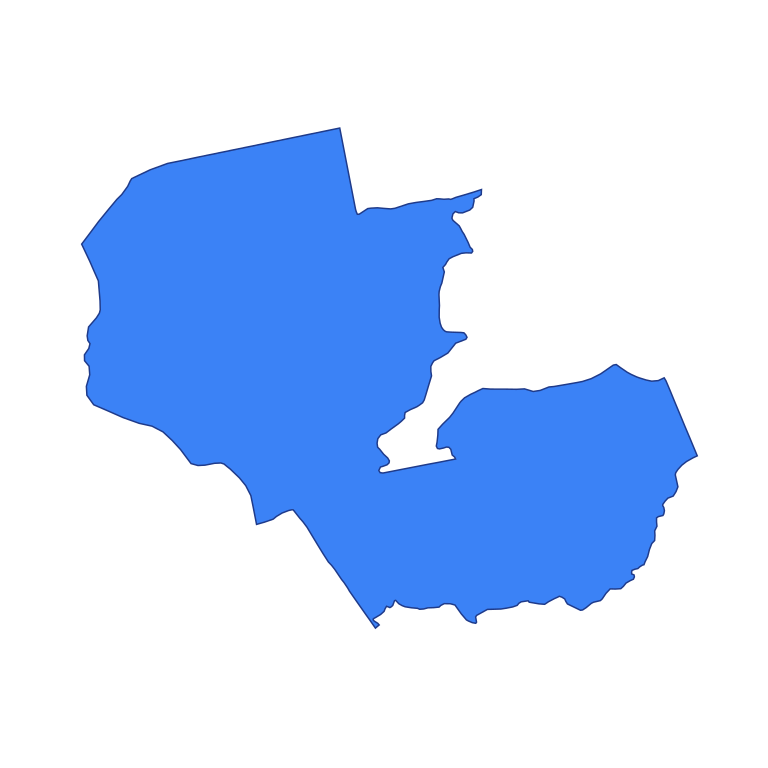 an SVG outline of Zambia, rotated 79°
{"feature_id": "ZMB", "entity_name": "Zambia", "entity_type": "country or territory", "adm_level": 0, "iso_a3": "ZMB", "parent_name": "Africa", "parent_adm1": "", "projection": "equal_earth", "projection_center": [28.807, -13.118], "detail": "fine", "context": "isolated", "style": "filled", "palette": "blue", "viewbox_px": 768, "rotation_deg": 79, "n_neighbors": 0, "source": "natural_earth", "source_scale": "50m", "svg_char_len": 4676}
<svg xmlns="http://www.w3.org/2000/svg" viewBox="0 0 768 768"><g transform="rotate(79 384 384)"><path d="M497.5,535.9L491.1,535.9L479.8,535.9L468.1,536.0L457.4,539.1L448.6,543.8L438.1,551.2L434.7,554.1L432.0,556.3L430.4,559.2L429.5,565.5L429.5,575.2L428.5,582.2L425.3,588.6L409.4,596.3L399.0,602.7L388.8,610.1L381.1,619.8L375.9,631.8L367.2,646.5L358.3,659.3L349.0,672.9L338.4,677.8L329.5,676.6L318.8,671.1L310.3,670.1L304.0,673.5L298.2,672.5L292.8,667.0L288.3,664.9L284.7,666.4L280.1,666.2L271.6,663.1L264.2,653.7L260.2,649.9L257.1,648.4L248.3,646.9L228.2,644.7L226.1,645.2L217.8,647.1L207.4,649.4L198.4,651.7L189.0,654.1L180.2,644.3L170.1,633.2L159.7,620.7L151.8,611.0L148.0,605.3L141.1,597.9L136.2,594.3L134.2,592.4L129.1,572.6L126.2,554.4L126.1,540.7L125.8,521.7L125.6,502.6L125.4,483.5L125.2,464.4L125.0,445.3L124.8,426.2L124.6,407.0L124.4,387.9L124.3,378.6L134.5,378.6L146.1,378.6L158.3,378.6L171.5,378.6L184.6,378.6L197.8,378.6L207.0,378.6L209.4,378.4L212.3,377.8L212.6,376.0L208.7,366.5L208.9,363.2L209.8,356.8L211.4,351.3L213.4,344.0L213.6,339.7L211.8,325.8L211.9,318.0L212.4,310.0L212.8,302.3L212.2,297.0L212.9,294.0L214.1,289.9L214.7,285.2L215.5,283.2L215.2,281.3L214.5,277.8L213.8,269.9L212.7,259.0L211.7,251.2L213.3,251.6L216.7,252.4L218.4,256.2L219.3,260.4L221.6,260.7L227.5,263.2L229.6,266.6L231.0,274.2L230.2,278.0L228.3,281.1L230.2,283.9L234.2,285.7L236.5,285.1L243.1,280.0L245.8,279.1L249.3,278.1L252.4,276.8L261.2,274.4L266.1,273.4L268.8,271.6L270.7,271.6L272.1,273.1L270.9,278.4L270.5,283.1L272.2,292.0L273.5,296.2L276.4,299.2L278.4,300.8L280.8,304.0L285.5,303.4L296.0,308.0L299.2,310.1L303.7,312.2L306.8,313.0L317.6,314.6L321.6,315.6L329.0,317.1L335.0,317.3L339.2,316.7L342.1,315.4L343.9,313.9L344.7,312.7L345.9,308.3L348.1,298.6L349.0,295.8L351.2,294.4L354.0,293.6L355.7,295.1L357.6,305.8L365.8,315.4L368.7,323.5L370.7,330.4L372.5,332.3L375.7,334.7L380.7,335.6L385.1,335.8L394.5,340.8L402.0,344.7L407.4,347.6L409.8,349.7L411.5,353.3L412.6,356.0L414.2,363.1L416.0,368.7L418.8,369.8L421.4,370.3L423.9,374.1L425.8,377.5L429.6,385.7L432.4,391.3L433.3,396.9L436.5,400.5L440.8,402.1L444.9,402.3L447.2,400.7L452.8,397.8L457.3,394.5L460.5,393.4L462.4,394.1L463.9,396.4L464.6,400.8L464.8,403.3L467.9,405.6L470.3,404.7L471.2,402.0L471.2,400.6L471.2,388.5L471.2,378.1L471.2,368.2L471.2,356.2L471.3,345.7L471.3,337.1L471.3,328.1L469.2,328.6L466.7,330.6L460.8,330.9L458.5,332.4L457.8,334.7L458.2,337.8L458.3,341.9L457.5,343.8L454.9,344.5L451.2,343.0L444.4,340.9L438.8,339.6L434.7,334.2L429.3,326.0L425.7,321.8L417.0,313.3L415.5,311.5L412.9,307.5L410.6,300.7L409.5,296.2L408.5,292.8L407.3,287.8L409.4,280.1L412.3,265.4L414.5,254.9L415.6,247.0L419.8,239.0L420.1,231.9L418.4,222.7L418.9,217.6L419.2,204.8L419.4,194.0L419.4,188.7L418.3,179.6L415.4,169.4L409.2,155.3L409.2,152.3L412.9,148.9L418.8,143.1L421.7,139.6L425.2,134.7L426.7,132.2L430.1,125.9L432.3,120.7L433.0,114.1L431.4,107.8L434.7,106.6L445.6,104.3L457.6,101.9L470.2,99.3L483.0,96.7L495.3,94.1L506.5,91.8L514.3,90.2L515.4,94.6L517.8,101.8L520.5,107.1L523.9,111.7L526.8,114.6L528.8,115.4L541.0,115.1L545.4,117.9L549.2,121.5L550.2,127.1L552.7,130.5L555.4,133.3L556.6,133.6L558.6,132.9L561.9,132.9L564.9,134.1L566.3,135.3L566.5,139.9L567.4,142.0L571.5,142.8L575.7,143.2L579.8,146.3L584.2,146.9L589.3,148.2L591.7,151.6L597.1,155.0L603.7,158.1L608.4,161.7L611.0,163.3L611.1,164.9L612.3,167.9L613.6,170.0L613.7,173.2L614.3,176.2L616.2,176.9L617.7,177.1L619.1,175.0L621.1,175.0L623.2,176.4L624.0,179.8L625.6,184.4L628.3,187.6L630.1,190.6L629.4,196.1L628.3,201.1L631.9,206.1L636.6,210.8L637.9,212.9L638.2,220.0L638.9,222.4L642.1,228.2L643.7,232.1L643.6,234.3L634.9,245.9L632.1,247.0L629.5,247.6L627.2,250.0L625.8,252.5L626.3,253.8L627.2,257.7L629.1,264.0L630.9,268.3L629.4,273.8L625.9,283.1L624.3,283.9L624.0,290.9L625.0,293.5L626.7,295.5L627.4,300.2L627.4,306.8L627.2,312.1L625.0,325.5L628.8,337.2L630.1,338.5L635.5,338.6L636.4,339.6L635.1,342.9L632.8,346.3L631.3,348.1L624.4,352.0L614.5,356.5L612.4,360.7L611.1,366.8L612.2,370.5L613.5,372.5L613.0,377.9L612.1,383.6L612.4,388.0L611.9,392.0L610.6,393.9L608.9,399.8L606.7,405.8L605.0,408.5L602.5,411.4L598.6,413.8L598.7,415.0L603.1,417.7L604.2,419.6L604.6,420.9L603.7,422.2L602.7,423.9L604.8,425.8L607.2,427.3L609.6,431.3L611.6,436.8L612.2,438.7L612.7,439.5L613.5,439.6L614.9,438.8L617.7,435.8L619.6,434.7L622.0,439.0L612.5,443.2L607.5,445.5L593.2,451.9L580.8,457.4L577.5,458.5L571.1,461.2L567.9,462.9L556.6,467.7L551.9,470.1L548.2,472.5L538.9,476.2L530.1,479.5L520.6,483.0L509.9,486.9L503.9,489.8L499.8,492.2L490.3,497.1L489.9,498.3L490.0,501.7L491.2,508.6L493.5,514.9L495.5,518.5L496.8,527.7L497.5,535.9Z" fill="#3b82f6" stroke="#1e3a8a" stroke-width="1.5"/></g></svg>